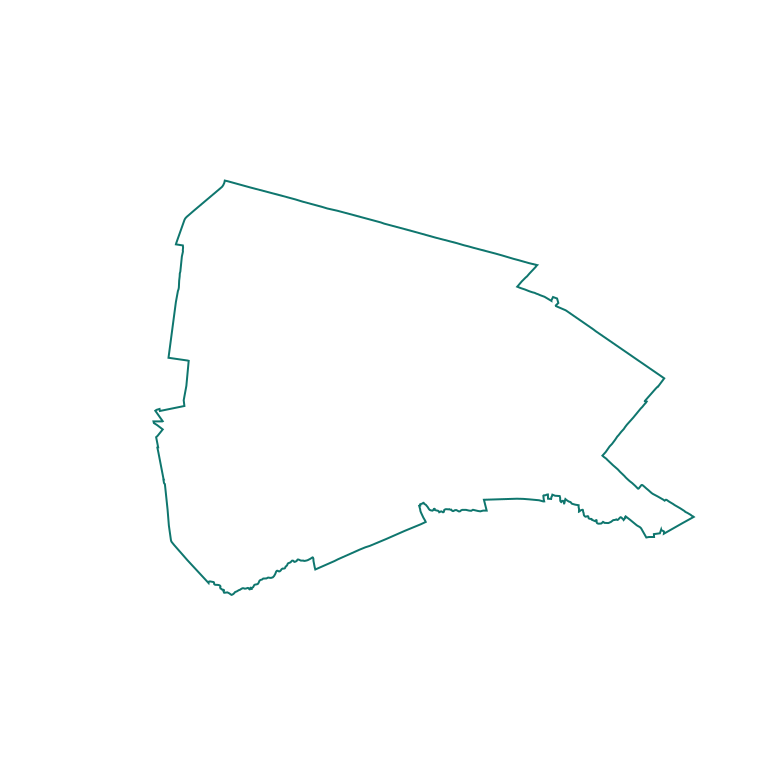 outline of Baicoi, Prahova, Romania, rotated 156°
{"feature_id": "2599482B49235084431710", "entity_name": "Baicoi", "entity_type": "district", "adm_level": 2, "iso_a3": "ROU", "parent_name": "Romania", "parent_adm1": "Prahova", "projection": "orthographic", "projection_center": [25.87, 45.034], "detail": "fine", "context": "isolated", "style": "outline", "palette": "teal", "viewbox_px": 768, "rotation_deg": 156, "n_neighbors": 0, "source": "geoboundaries", "source_scale": "gbopen_adm2", "svg_char_len": 6118}
<svg xmlns="http://www.w3.org/2000/svg" viewBox="0 0 768 768"><g transform="rotate(156 384 384)"><path d="M446.7,634.6L448.0,632.8L449.8,631.2L451.5,630.1L453.4,629.5L486.8,619.8L496.1,617.0L497.6,616.4L498.5,615.9L499.6,615.0L516.4,597.3L517.3,596.2L511.4,592.4L512.0,590.5L513.5,587.8L513.6,587.2L514.0,586.5L516.8,582.7L524.3,569.6L525.6,568.0L526.9,565.4L529.1,561.7L532.1,555.7L533.1,554.2L534.5,552.7L540.8,543.5L570.2,495.6L554.0,485.4L553.0,484.6L565.3,462.7L573.6,450.6L575.3,445.1L599.7,450.5L599.2,452.5L602.3,452.9L603.8,452.6L601.3,440.0L601.8,440.0L609.8,443.6L610.1,441.9L608.0,438.8L604.6,432.5L612.0,428.7L613.8,428.1L616.1,417.9L616.9,418.1L618.0,413.0L623.9,387.6L624.0,386.7L624.0,386.3L624.4,386.4L625.2,383.2L625.2,382.5L624.9,381.8L625.0,381.3L632.8,357.3L638.1,342.2L642.1,328.2L642.3,326.9L642.2,325.9L641.2,322.2L635.3,303.1L625.2,273.5L624.5,274.6L624.1,274.7L623.2,274.4L620.3,272.4L620.1,272.1L620.1,271.6L620.5,270.4L620.3,269.7L619.8,269.2L617.8,268.2L616.8,267.6L616.1,266.9L615.9,266.6L615.7,265.7L616.4,264.9L616.5,264.1L616.5,263.6L615.9,263.1L615.7,262.3L615.5,262.0L614.5,261.4L614.1,261.0L614.1,260.6L614.2,260.4L614.9,260.3L615.0,258.4L614.9,258.3L611.8,257.3L610.5,255.7L609.2,253.5L608.9,253.3L607.2,253.4L606.3,253.7L604.6,254.5L602.9,254.4L600.6,254.7L599.2,254.6L598.2,254.8L596.4,255.0L595.3,254.5L594.5,253.7L593.4,253.3L591.4,253.1L591.0,252.8L590.8,252.3L590.4,251.1L590.2,251.0L589.7,251.3L589.2,252.0L588.7,252.1L588.6,251.9L588.8,251.1L588.7,250.8L588.3,250.6L588.1,250.6L588.0,251.2L587.7,251.5L586.2,251.6L584.3,253.1L583.6,253.2L581.4,252.7L580.5,252.7L579.3,253.5L577.9,254.8L577.5,255.0L576.6,255.2L574.9,255.0L573.5,255.4L570.5,254.2L568.6,254.3L566.7,253.1L565.9,252.8L564.2,252.6L562.5,253.3L560.5,254.8L558.8,256.5L557.9,256.9L557.2,256.7L556.4,255.7L555.9,255.4L555.4,255.3L554.1,255.7L553.0,256.4L552.1,256.6L551.6,256.6L550.6,256.1L549.6,256.0L548.9,256.4L548.2,257.2L546.9,257.5L546.3,257.8L544.9,259.1L544.2,259.2L542.0,259.1L539.9,260.0L539.1,259.7L538.9,259.5L538.7,259.3L538.3,258.0L537.8,257.8L536.0,257.8L534.4,258.7L534.0,258.7L533.2,258.1L531.8,256.5L529.5,255.5L529.0,254.9L528.2,254.6L526.3,254.2L525.2,254.1L522.2,254.3L519.9,254.7L519.5,254.3L519.6,253.1L520.4,251.0L521.8,245.0L522.2,242.5L501.3,242.4L497.4,242.6L473.9,242.6L467.4,242.4L462.9,241.9L445.0,241.5L424.7,241.4L407.5,240.9L402.0,241.0L402.0,242.4L402.4,246.0L402.5,251.6L402.4,253.1L401.9,255.0L401.4,258.4L401.0,258.3L400.6,258.1L400.3,258.1L400.2,258.4L400.2,259.1L399.9,259.4L397.5,259.2L396.4,259.5L396.1,259.3L396.0,258.2L394.9,256.6L394.5,255.1L394.2,254.1L393.8,251.4L393.5,250.5L392.6,249.5L391.3,248.6L390.5,248.7L389.2,249.6L388.7,249.5L388.5,249.3L388.9,248.5L388.8,248.2L387.6,247.2L386.3,246.3L385.7,245.2L385.7,244.4L383.6,244.4L383.1,244.0L382.4,242.9L381.8,242.7L381.3,242.9L380.2,244.4L378.9,244.6L377.6,244.1L376.0,243.2L375.3,243.1L374.5,242.1L373.7,241.9L373.4,240.7L373.1,240.2L372.6,239.8L372.1,239.7L370.9,239.9L369.6,239.6L369.1,239.3L367.5,237.2L367.2,237.0L366.2,236.8L365.1,237.2L363.7,237.2L360.3,235.7L359.7,235.2L357.7,233.7L355.9,232.7L353.9,232.9L349.7,229.7L347.8,228.5L344.8,228.0L341.7,226.6L339.8,237.6L309.4,225.2L303.7,222.5L298.5,219.7L289.6,214.7L286.2,211.9L285.4,211.6L285.1,213.3L283.9,217.1L283.4,217.3L281.8,216.7L280.0,216.7L279.2,216.4L280.8,212.5L278.1,211.0L277.0,212.7L276.3,213.1L275.2,214.4L273.1,212.3L269.1,210.2L269.3,208.6L270.5,205.5L270.3,204.4L270.1,204.0L269.7,204.1L268.9,204.7L268.2,204.6L267.9,204.4L267.8,204.1L267.7,203.3L267.8,202.4L268.1,201.7L267.9,201.6L267.4,202.1L266.1,204.0L265.1,205.1L264.5,203.8L263.1,201.6L261.7,200.3L261.4,199.6L261.2,198.5L260.8,198.0L258.4,196.0L255.5,194.1L256.3,192.4L256.7,190.4L257.8,188.1L257.4,188.1L255.7,188.6L253.9,188.4L253.6,188.2L253.6,187.8L254.1,186.0L254.1,185.1L254.6,183.4L254.7,182.8L254.4,181.5L253.7,180.7L252.0,180.5L251.5,180.3L251.3,179.9L251.6,178.5L251.6,178.1L251.5,177.8L250.5,176.9L249.3,176.3L249.4,175.5L246.8,172.7L246.4,172.6L246.1,172.6L245.7,173.3L245.3,173.2L245.3,172.7L245.8,171.7L246.0,170.8L245.9,170.2L245.7,169.9L245.1,169.3L244.3,168.9L242.3,168.2L240.7,168.6L240.5,168.8L240.0,169.0L239.6,168.6L239.3,167.8L239.1,167.5L236.0,165.9L235.5,165.7L232.8,165.7L229.9,166.4L228.4,165.9L226.8,165.8L226.3,165.0L225.8,164.8L225.2,164.9L222.6,166.0L221.9,166.0L221.4,165.3L221.2,164.9L221.0,164.1L220.5,163.2L220.4,162.3L219.4,162.8L218.9,163.3L218.1,163.4L218.0,163.6L218.0,164.3L217.1,164.8L214.4,159.8L210.6,152.2L210.1,151.4L208.6,149.4L208.1,148.4L207.8,147.5L206.8,137.1L204.3,136.5L199.5,134.4L198.5,137.1L192.7,135.4L190.0,138.3L190.1,137.7L188.3,135.6L188.3,134.9L189.2,133.4L167.8,135.5L155.1,136.6L155.4,137.2L156.1,137.9L157.1,139.8L159.3,142.9L160.4,144.2L160.8,144.7L161.1,145.6L163.9,149.9L167.9,155.4L168.5,156.5L171.4,160.6L172.9,163.1L173.5,163.6L175.1,163.3L175.8,164.6L179.6,169.8L183.2,174.4L184.0,175.8L185.8,179.8L186.8,181.8L188.0,184.5L189.0,186.5L189.6,186.9L190.1,186.9L193.7,185.0L194.1,184.9L194.6,185.2L195.9,188.7L197.6,192.6L199.1,195.4L200.3,198.1L201.2,200.3L201.8,202.2L204.1,207.8L205.1,210.8L207.9,216.8L210.8,223.8L211.3,225.3L212.9,228.1L213.6,229.7L209.1,231.7L203.3,235.2L200.1,236.5L195.6,239.0L192.1,241.2L191.0,241.6L186.8,243.8L183.1,245.4L181.6,246.4L178.7,248.0L170.0,251.9L159.4,257.2L157.3,258.0L154.6,259.4L152.3,260.4L151.2,261.1L152.7,262.2L152.6,262.4L137.8,269.2L135.0,270.3L134.8,270.1L125.7,275.2L169.1,346.1L170.5,348.7L187.7,376.9L188.2,377.6L190.5,380.1L195.2,385.2L195.2,385.6L195.1,385.9L191.8,387.1L191.1,391.7L194.2,394.7L197.2,392.2L197.3,391.9L201.9,398.4L205.3,401.7L206.6,403.2L208.1,404.6L209.3,406.0L211.1,407.4L213.5,409.6L216.8,413.0L220.2,416.1L222.7,418.7L216.4,421.7L211.2,423.7L209.7,424.1L206.1,425.8L197.5,429.4L197.3,429.7L195.7,430.3L202.7,435.7L210.7,442.4L214.7,445.6L223.8,453.4L229.1,457.8L246.7,471.9L250.9,475.4L254.5,478.2L260.0,482.9L277.2,496.6L295.6,511.8L318.7,530.5L321.2,532.9L330.3,540.3L356.2,561.3L364.4,567.4L368.2,570.7L384.3,583.8L389.8,588.6L400.0,596.9L426.3,618.0L444.3,632.8L446.7,634.6Z" fill="none" stroke="#0f766e" stroke-width="2"/></g></svg>